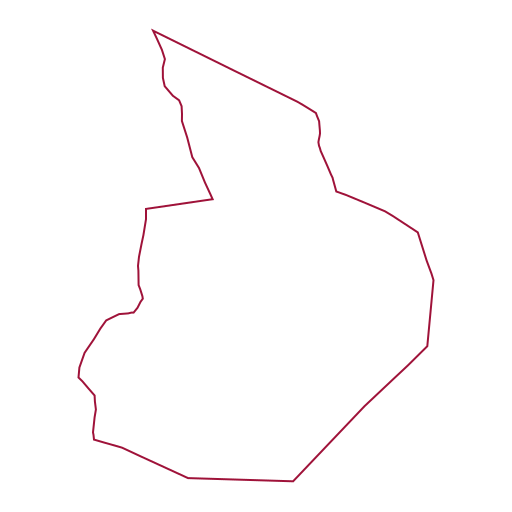 La Treille, Anse-la-Raye, Saint Lucia
{"feature_id": "8701671B33386018665106", "entity_name": "La Treille", "entity_type": "district", "adm_level": 2, "iso_a3": "LCA", "parent_name": "Saint Lucia", "parent_adm1": "Anse-la-Raye", "projection": "robinson", "projection_center": [-60.998, 13.941], "detail": "fine", "context": "isolated", "style": "outline", "palette": "rose", "viewbox_px": 512, "rotation_deg": 0, "n_neighbors": 0, "source": "geoboundaries", "source_scale": "gbopen_adm2", "svg_char_len": 1304}
<svg xmlns="http://www.w3.org/2000/svg" viewBox="0 0 512 512"><path d="M146.0,208.9L146.0,219.2L143.4,235.2L141.6,243.6L139.0,256.8L138.0,265.9L138.4,270.7L138.6,285.1L140.2,289.2L142.4,296.2L142.8,298.7L140.6,301.7L137.5,307.8L133.6,312.6L131.4,312.6L128.2,313.4L119.1,314.1L112.3,317.4L106.2,320.4L100.4,328.5L93.9,339.2L84.6,352.8L79.4,367.5L78.5,377.5L82.3,381.2L88.5,388.5L94.6,395.5L94.9,401.4L95.9,409.5L94.6,417.3L93.0,432.4L93.5,434.9L94.0,439.6L94.7,439.8L104.3,442.6L120.5,447.2L122.1,447.7L141.2,456.6L188.0,478.1L293.1,481.3L364.6,406.1L393.8,378.6L407.8,365.5L427.3,346.2L433.5,280.2L431.5,273.7L426.6,260.5L417.8,232.4L392.8,216.0L385.0,211.3L363.0,202.0L346.1,195.0L336.3,191.5L333.6,181.7L333.2,180.3L332.8,178.7L332.6,177.8L330.9,174.3L327.5,166.3L326.4,163.8L323.7,157.7L322.5,155.0L320.7,151.0L319.9,148.1L319.0,145.7L318.7,143.9L318.4,142.2L318.8,139.8L319.6,136.0L320.0,133.5L319.9,130.6L319.4,124.9L319.1,121.2L317.1,116.3L315.9,113.0L314.6,112.2L308.2,108.2L304.3,105.8L303.0,105.0L297.3,101.7L233.6,70.4L153.1,30.7L156.8,38.5L161.9,49.8L164.9,59.1L162.8,67.6L162.9,77.9L164.7,86.2L172.9,95.8L179.1,100.3L181.6,106.2L182.0,114.0L181.9,121.0L187.2,137.5L192.3,157.2L199.0,168.0L204.9,182.4L210.6,194.7L212.6,199.2L146.0,208.9Z" fill="none" stroke="#9f1239" stroke-width="2"/></svg>